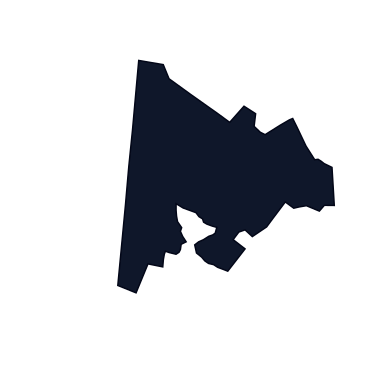 Boqueirão do Piauí, Piauí, Brazil (Natural Earth projection), rotated 307°
{"feature_id": "56859067B46313379568207", "entity_name": "Boqueirão do Piauí", "entity_type": "district", "adm_level": 2, "iso_a3": "BRA", "parent_name": "Brazil", "parent_adm1": "Piauí", "projection": "natural_earth1", "projection_center": [-42.125, -4.538], "detail": "fine", "context": "isolated", "style": "filled", "palette": "ink", "viewbox_px": 384, "rotation_deg": 307, "n_neighbors": 0, "source": "geoboundaries", "source_scale": "gbopen_adm2", "svg_char_len": 1151}
<svg xmlns="http://www.w3.org/2000/svg" viewBox="0 0 384 384"><g transform="rotate(307 192 192)"><path d="M174.3,126.2L141.7,146.6L72.7,189.0L77.8,208.0L108.1,200.1L114.6,213.7L120.8,209.8L125.7,207.3L128.7,206.4L129.9,210.2L132.7,216.7L136.0,217.9L139.0,217.4L143.7,214.8L148.7,217.3L150.9,211.3L153.6,206.4L157.3,205.2L159.6,198.3L163.4,194.2L167.8,190.3L173.1,186.3L173.9,194.5L177.9,207.6L176.5,212.4L176.9,216.6L174.9,219.4L175.3,223.2L177.0,228.8L178.7,233.1L173.1,235.3L170.2,234.4L166.8,232.1L160.7,229.8L156.2,227.3L151.4,226.0L146.0,232.3L145.8,238.9L144.7,243.7L144.9,248.2L147.0,253.0L147.3,257.8L149.0,263.5L150.3,268.2L178.5,268.6L178.7,253.5L188.2,253.5L193.7,257.2L192.7,267.0L209.0,272.6L219.9,272.5L240.2,272.5L240.3,283.0L244.5,286.5L249.9,291.6L253.4,305.2L261.0,305.7L266.9,313.7L295.9,289.0L295.0,284.4L294.2,280.4L294.3,276.7L294.0,273.0L291.6,270.6L297.3,255.4L307.0,236.8L311.3,228.2L308.3,226.4L298.3,222.2L281.8,215.9L280.8,210.6L281.8,202.1L292.8,195.7L291.8,181.9L270.3,180.2L270.1,165.5L269.1,131.8L268.6,105.5L276.4,92.4L265.0,70.3L205.5,107.3L174.3,126.2Z" fill="#0f172a" stroke="#020617" stroke-width="1.5"/></g></svg>